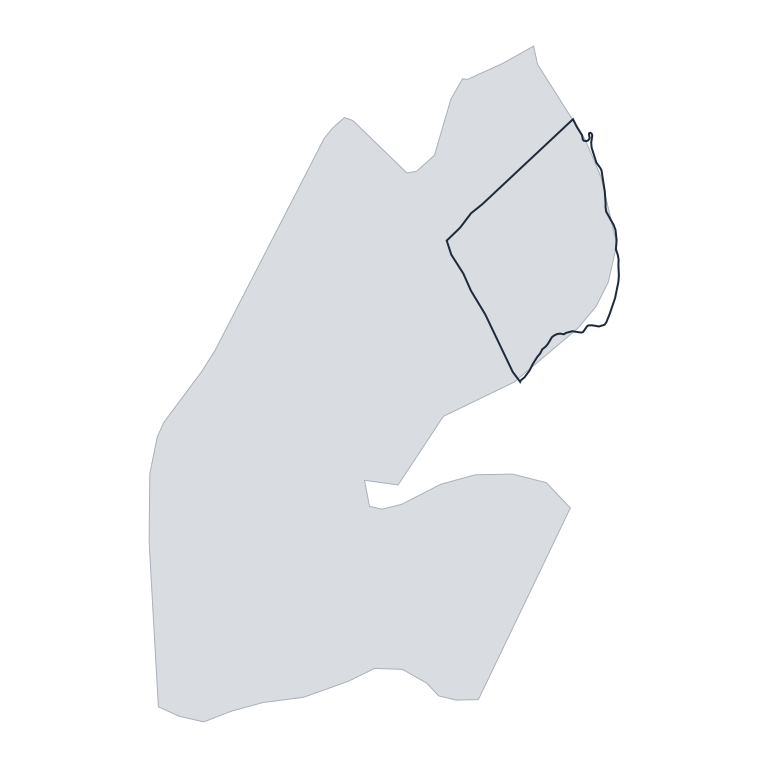 Obock, Obock, Djibouti (highlighted)
{"feature_id": "41766387B51204577272085", "entity_name": "Obock", "entity_type": "district", "adm_level": 2, "iso_a3": "DJI", "parent_name": "Djibouti", "parent_adm1": "Obock", "projection": "equal_earth", "projection_center": [43.238, 12.173], "detail": "fine", "context": "in_parent", "style": "outline", "palette": "slate", "viewbox_px": 768, "rotation_deg": 0, "n_neighbors": 0, "source": "geoboundaries", "source_scale": "gbopen_adm2", "svg_char_len": 1779}
<svg xmlns="http://www.w3.org/2000/svg" viewBox="0 0 768 768"><path d="M570.3,508.0L545.7,559.3L514.2,624.9L478.3,699.6L456.0,700.1L438.6,695.8L426.7,683.1L402.2,669.3L374.5,668.4L348.2,681.3L303.5,697.3L263.1,702.5L230.6,711.4L203.7,721.9L179.4,716.3L158.4,706.8L153.9,627.4L149.1,541.3L149.8,473.9L157.3,436.8L163.9,422.3L202.0,371.1L215.2,350.2L258.8,265.5L296.2,192.8L324.1,138.5L332.7,127.9L344.4,117.6L352.8,120.5L406.8,172.9L416.4,171.4L434.5,155.2L450.9,99.2L462.5,78.8L467.4,79.4L502.1,63.7L533.6,46.1L537.6,64.5L585.2,139.5L600.8,176.5L616.8,244.1L608.4,281.9L596.1,306.4L577.7,328.4L514.1,382.1L443.3,416.4L398.1,484.9L364.5,480.3L369.5,506.3L382.1,509.2L401.7,504.3L440.6,484.3L475.2,474.8L512.5,474.1L546.3,482.7L570.3,508.0Z" fill="#d9dde1" stroke="#a8b0b8" stroke-width="1"/><path d="M446.7,240.6L451.3,254.7L463.3,273.5L471.0,290.8L485.3,314.5L512.7,371.9L520.1,381.8L520.2,381.5L521.1,380.1L524.4,377.4L529.5,370.6L532.6,364.4L537.2,357.0L540.2,353.4L542.2,349.4L545.0,347.1L545.8,346.4L547.8,344.0L552.0,337.1L554.3,335.4L557.0,334.1L560.1,333.6L563.9,334.3L566.0,332.9L572.4,331.2L577.2,332.0L581.5,332.6L583.1,332.0L586.9,326.5L588.3,325.4L592.2,325.3L599.0,326.5L604.6,324.7L606.3,322.3L608.3,317.4L609.7,313.9L615.1,298.0L618.4,281.8L618.9,275.2L618.4,265.8L618.6,259.6L617.8,254.9L615.9,249.4L616.6,240.1L615.5,230.0L613.7,225.0L610.9,220.1L606.2,211.7L606.1,210.9L605.5,206.9L605.6,203.7L604.8,191.6L601.5,170.4L600.3,168.0L598.6,165.7L596.4,162.7L591.6,147.6L591.2,142.6L592.3,135.6L591.6,133.6L590.3,132.8L589.4,133.0L588.9,134.3L589.6,137.5L589.2,139.0L588.0,140.5L586.4,141.1L583.8,140.7L583.4,140.2L582.9,139.6L582.0,135.2L576.8,126.8L573.0,119.2L482.3,204.2L471.0,213.3L460.1,227.7L446.7,240.6Z" fill="none" stroke="#1e293b" stroke-width="2"/></svg>